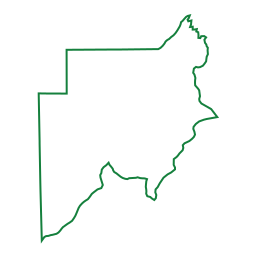 Mirinzal, Maranhão, Brazil (Albers equal-area conic projection)
{"feature_id": "56859067B82265545295101", "entity_name": "Mirinzal", "entity_type": "district", "adm_level": 2, "iso_a3": "BRA", "parent_name": "Brazil", "parent_adm1": "Maranhão", "projection": "albers", "projection_center": [-44.795, -2.07], "detail": "fine", "context": "isolated", "style": "outline", "palette": "green", "viewbox_px": 256, "rotation_deg": 0, "n_neighbors": 0, "source": "geoboundaries", "source_scale": "gbopen_adm2", "svg_char_len": 2188}
<svg xmlns="http://www.w3.org/2000/svg" viewBox="0 0 256 256"><path d="M204.5,63.7L206.1,61.4L206.4,58.9L206.7,56.7L207.9,54.2L207.6,50.4L207.8,47.7L206.7,46.3L206.3,44.5L205.0,42.8L204.4,39.7L206.1,37.4L204.2,36.1L201.2,36.2L200.3,38.1L198.4,37.9L198.5,35.0L198.2,32.2L196.3,31.5L196.8,29.1L194.7,29.5L192.7,29.6L192.7,26.7L190.1,27.0L191.0,24.6L191.4,20.5L188.3,21.3L187.6,19.7L188.7,18.3L189.8,15.4L187.8,15.9L186.1,16.9L184.2,19.0L182.5,21.0L181.1,22.1L180.6,24.2L179.8,26.3L177.3,30.5L175.5,33.1L173.5,35.3L171.2,37.0L169.1,39.0L167.3,40.0L165.6,41.5L164.5,43.5L162.8,45.7L160.6,47.8L158.3,49.1L121.9,49.5L118.1,49.5L66.6,49.8L66.7,93.6L49.7,93.5L46.1,93.5L38.7,93.4L39.6,141.6L39.6,143.6L40.3,181.7L40.5,191.1L41.8,240.6L44.4,237.0L46.1,236.1L48.4,235.9L50.8,235.1L52.6,234.8L54.5,234.3L56.5,233.8L58.5,232.5L60.4,230.4L61.6,228.7L63.0,227.1L67.6,223.8L69.6,222.6L72.1,220.8L74.1,217.9L75.4,215.7L76.4,213.4L77.5,210.7L78.6,208.0L80.0,205.7L82.1,203.4L83.8,201.9L85.6,200.6L87.9,199.2L89.8,196.8L91.8,193.9L93.6,192.4L97.5,189.4L99.5,188.7L101.3,188.1L102.8,185.0L101.7,181.5L100.5,177.6L100.2,175.1L101.3,173.1L101.8,169.6L103.6,167.2L106.3,165.2L108.6,162.7L109.5,164.8L110.9,166.4L112.7,168.7L113.2,170.4L114.2,172.0L116.5,173.4L118.6,175.1L120.6,176.7L122.6,177.9L125.2,178.8L127.4,179.1L129.2,178.2L135.9,177.8L137.6,177.3L140.2,178.1L142.2,178.3L144.7,178.4L147.0,179.1L146.3,181.2L146.0,184.2L145.8,186.9L146.2,189.1L146.4,191.2L146.2,193.7L147.3,196.2L150.3,197.0L151.8,198.4L154.3,200.0L155.8,198.2L156.3,195.0L155.3,192.3L155.6,189.4L157.7,187.1L159.7,183.4L163.5,177.7L167.6,174.4L171.1,172.5L175.0,169.4L175.0,167.5L173.7,164.9L173.8,159.1L176.6,157.0L177.9,155.6L179.5,153.4L180.8,152.1L182.6,150.3L183.3,147.9L182.8,145.2L184.5,143.3L186.9,142.2L189.4,141.0L192.1,138.8L193.9,136.9L195.0,134.6L194.4,131.7L193.3,128.9L193.6,126.8L195.8,124.0L199.2,121.4L203.9,119.7L206.7,119.0L217.3,117.1L211.2,109.1L201.4,103.5L199.5,101.0L199.2,99.0L200.0,96.2L199.6,93.5L199.2,90.4L198.1,88.7L195.2,85.4L195.0,82.9L195.1,80.1L195.4,78.0L194.4,74.5L193.2,72.8L193.9,68.6L196.0,66.9L198.0,67.4L200.1,67.1L202.9,65.7L204.5,63.7Z" fill="none" stroke="#15803d" stroke-width="2"/></svg>